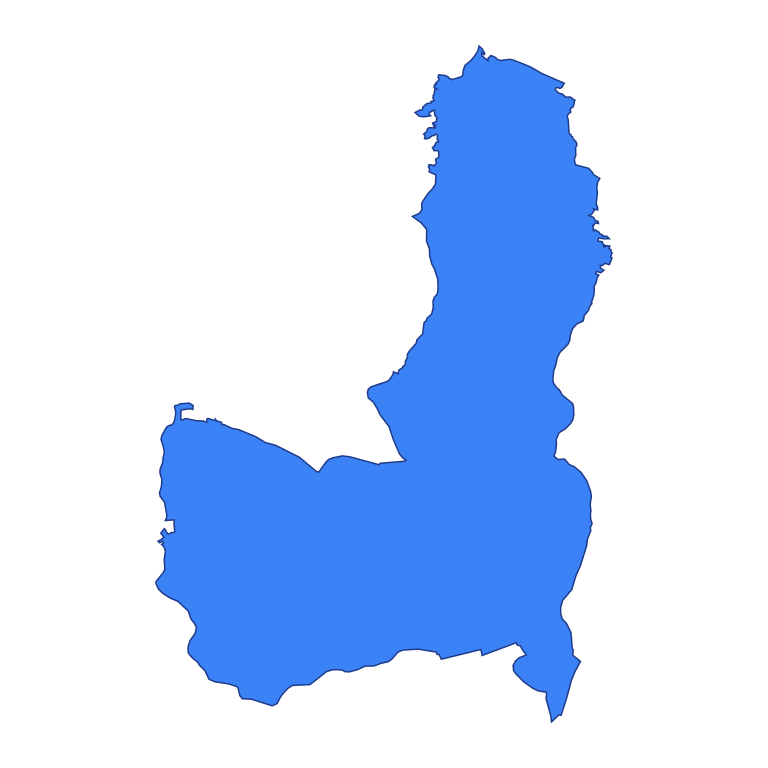 the district of Cruset, Gorj, Romania
{"feature_id": "2599482B18227556785011", "entity_name": "Cruset", "entity_type": "district", "adm_level": 2, "iso_a3": "ROU", "parent_name": "Romania", "parent_adm1": "Gorj", "projection": "orthographic", "projection_center": [23.663, 44.657], "detail": "fine", "context": "isolated", "style": "filled", "palette": "blue", "viewbox_px": 768, "rotation_deg": 0, "n_neighbors": 0, "source": "geoboundaries", "source_scale": "gbopen_adm2", "svg_char_len": 6080}
<svg xmlns="http://www.w3.org/2000/svg" viewBox="0 0 768 768"><path d="M551.5,721.9L559.0,714.9L561.1,715.3L566.7,697.9L571.4,680.3L575.1,671.4L580.5,661.4L572.8,655.3L573.2,649.9L572.3,648.8L570.9,632.4L566.4,623.3L563.0,619.9L561.7,617.4L560.7,613.6L560.6,607.8L562.5,600.6L571.8,589.5L575.9,575.8L580.5,565.5L586.6,546.0L587.5,538.8L590.8,530.8L590.3,527.8L592.1,523.5L590.7,519.4L590.4,514.4L590.9,511.0L590.2,504.4L591.4,496.1L590.4,490.7L586.7,480.7L581.1,472.4L574.2,466.7L569.3,464.6L564.6,459.0L558.0,459.5L553.9,456.1L555.4,452.5L555.9,449.2L556.5,444.0L556.2,439.7L558.5,433.8L560.1,432.0L565.4,428.8L570.6,423.5L572.9,419.5L573.8,414.7L573.5,406.7L572.7,403.6L562.3,395.1L559.3,389.8L556.9,387.9L553.5,383.2L552.8,379.6L553.8,370.4L555.6,365.8L557.3,357.7L560.0,352.3L567.8,344.5L569.7,340.7L570.3,335.3L572.6,328.6L576.9,323.9L583.3,320.9L584.3,315.4L588.4,310.5L589.7,306.5L591.9,303.6L591.5,302.1L593.8,295.5L594.3,290.5L594.1,286.5L596.0,282.8L597.4,277.2L598.8,275.1L595.6,273.7L596.2,272.1L596.7,271.3L600.7,272.8L603.9,270.2L601.1,268.6L600.4,267.2L600.4,265.2L602.8,265.5L604.6,263.3L609.4,264.6L612.0,257.8L610.6,256.9L612.1,252.7L611.0,251.6L610.9,249.6L609.1,248.7L609.8,246.0L608.4,246.3L607.8,245.6L603.9,247.0L603.6,246.2L605.1,245.4L603.1,244.4L602.3,241.7L598.3,241.2L598.0,239.7L598.9,238.0L603.7,238.8L609.3,238.7L606.8,236.3L602.9,236.2L602.9,235.3L599.4,233.4L599.2,232.3L595.1,229.9L593.7,230.8L593.0,226.5L593.6,225.6L593.0,225.4L595.8,222.9L598.5,223.5L597.9,221.2L595.2,220.6L593.7,217.5L589.0,215.5L591.6,214.3L593.2,212.1L594.6,210.0L593.8,208.9L597.6,210.0L597.7,207.8L596.2,203.8L597.5,192.0L596.7,188.8L597.6,182.1L599.8,178.6L593.4,174.5L592.4,172.4L588.6,168.3L575.9,165.0L574.7,162.1L574.5,158.5L575.8,155.6L575.6,147.4L576.7,145.7L576.8,144.0L576.2,142.1L573.1,138.7L572.4,136.8L571.1,135.9L570.9,134.5L569.7,134.2L569.0,132.5L568.2,119.7L567.1,116.2L568.8,113.4L570.7,112.3L570.3,108.6L573.1,106.9L574.2,103.5L574.2,101.4L575.0,100.4L570.2,97.0L565.8,97.1L562.6,94.2L558.6,93.0L555.4,89.9L555.5,88.5L557.1,87.2L559.6,88.4L561.8,87.6L564.2,83.2L541.6,73.4L530.3,66.8L513.5,60.1L509.4,59.3L500.6,60.5L497.3,59.4L495.5,57.5L491.0,55.5L488.0,58.3L488.0,60.7L481.9,55.8L481.7,52.6L484.0,54.7L484.7,54.0L484.5,52.9L482.1,48.8L479.1,46.1L477.6,51.5L474.5,56.1L471.3,60.1L465.0,65.4L463.2,70.4L462.8,75.0L461.8,76.5L451.9,79.7L451.3,78.9L449.0,78.4L448.6,77.2L445.5,75.6L438.8,74.8L438.0,77.1L439.2,79.7L435.6,83.3L436.5,84.2L434.8,84.8L434.0,86.4L434.1,87.2L436.7,89.1L434.9,88.9L434.1,94.4L433.3,95.0L433.0,98.2L434.1,100.8L431.0,101.5L431.5,102.5L431.1,103.0L426.7,103.6L422.8,107.1L422.3,109.9L419.9,110.0L415.0,112.5L419.2,116.2L423.2,116.8L428.1,116.3L430.6,115.7L429.3,114.6L429.3,112.6L434.1,110.0L434.7,110.4L434.4,111.9L435.0,115.6L436.8,117.4L436.3,121.6L432.8,122.9L433.0,124.5L435.4,125.0L433.9,126.3L435.3,127.3L435.2,127.9L429.0,127.7L427.5,129.0L426.4,131.8L423.6,134.1L425.2,135.8L424.5,138.5L425.8,139.0L429.2,138.1L432.0,135.8L433.7,135.6L435.7,134.2L437.4,135.0L437.2,139.6L438.3,140.6L438.5,142.2L436.3,142.2L435.0,144.5L435.0,145.6L432.4,147.4L434.2,150.8L436.8,150.5L438.5,151.2L439.0,155.7L438.0,158.0L435.8,159.0L435.5,160.4L436.6,162.4L434.8,165.3L434.0,165.2L433.8,165.9L431.7,164.9L429.1,164.8L429.6,165.6L428.4,166.5L429.8,169.6L429.0,171.7L436.0,175.0L435.4,184.3L432.2,189.1L427.8,193.7L422.5,201.7L421.7,203.7L421.9,209.5L421.0,211.2L418.9,213.6L412.4,216.4L421.1,222.8L426.7,229.4L426.5,241.1L429.5,249.2L429.6,255.7L431.8,264.0L434.4,269.0L437.7,278.8L438.1,286.2L437.7,292.0L437.0,294.4L434.2,297.4L433.0,301.0L433.2,307.8L431.7,314.0L427.1,318.1L426.2,320.5L424.0,322.8L422.7,333.9L416.9,339.8L416.2,343.3L409.6,350.7L407.4,354.2L407.3,358.0L405.5,360.7L405.3,364.5L402.6,366.9L403.0,367.4L402.6,367.8L398.9,370.0L398.0,373.7L393.5,371.8L392.8,374.8L389.2,379.9L387.3,381.4L371.3,386.7L368.4,389.1L367.4,392.4L368.3,398.0L373.2,402.0L377.0,408.2L380.3,415.1L389.0,426.5L393.4,439.7L399.5,453.9L402.3,457.4L406.1,460.3L403.4,461.4L380.5,463.2L378.9,464.7L349.4,456.7L342.3,455.9L332.8,457.8L328.7,459.4L326.2,461.8L318.6,472.3L315.9,471.1L299.6,457.4L276.1,445.5L265.3,442.5L255.6,436.6L238.6,429.6L231.8,428.3L223.7,424.5L222.7,424.7L221.6,424.0L221.8,423.0L220.6,421.9L216.9,421.1L215.4,419.2L215.4,420.3L214.9,420.6L207.9,418.4L206.9,419.1L206.8,422.2L203.1,421.0L196.0,420.7L186.6,418.7L184.4,418.7L183.1,419.9L180.8,419.8L181.0,410.0L190.2,408.7L192.9,409.5L193.1,405.5L189.3,403.1L180.1,403.8L177.9,405.3L175.7,405.3L174.5,406.4L175.6,411.2L175.7,414.5L174.4,420.9L173.2,423.3L171.5,425.0L168.5,425.7L166.3,427.5L162.1,435.2L161.3,437.7L161.1,439.6L163.5,447.2L164.4,452.5L163.2,457.3L162.7,462.6L160.2,468.9L159.9,472.2L160.8,476.4L161.7,478.2L161.8,480.6L161.4,486.4L159.5,493.1L160.3,496.7L164.5,502.1L166.8,515.2L166.6,517.8L165.3,520.5L174.2,519.9L174.0,524.4L174.8,531.7L174.0,532.5L171.8,532.4L169.0,533.9L167.3,533.6L166.9,532.4L165.8,531.5L165.5,529.7L164.2,528.7L160.8,533.2L163.9,537.2L161.4,539.4L158.0,541.2L159.5,542.7L162.9,541.3L163.5,543.2L161.6,544.4L164.0,546.8L165.4,551.2L164.2,560.0L164.9,569.0L163.2,572.7L156.0,581.6L155.9,583.3L158.4,589.0L162.3,593.0L170.6,598.3L178.0,601.4L188.3,611.1L190.9,618.9L194.4,623.4L196.2,626.8L196.4,627.7L195.1,633.4L190.1,640.5L188.5,645.1L188.0,647.5L188.1,651.5L188.4,653.1L189.7,654.9L193.1,658.6L197.4,661.9L199.7,665.5L205.1,670.9L209.0,679.3L215.0,681.8L228.2,683.8L236.7,686.5L238.1,688.0L239.9,695.7L242.4,698.8L251.0,699.1L272.3,705.8L277.2,703.5L280.3,697.3L282.7,693.9L288.2,688.1L292.6,685.4L310.0,684.6L326.5,671.6L332.7,669.7L338.8,669.7L342.9,670.4L344.7,671.6L349.1,671.9L357.5,669.7L365.2,666.1L373.8,666.0L381.1,663.3L388.4,661.7L392.4,658.6L397.8,652.2L402.7,650.1L418.0,649.1L436.4,652.1L437.1,654.5L439.1,654.4L441.3,659.2L480.9,649.5L482.1,655.5L516.3,642.7L517.3,645.2L520.4,645.9L522.4,649.7L526.3,655.0L519.2,657.7L515.4,661.1L513.1,665.6L513.6,670.5L515.6,673.6L523.9,682.0L532.8,688.2L537.7,690.7L546.4,692.3L546.6,694.6L546.0,698.3L550.9,716.2L551.5,721.9Z" fill="#3b82f6" stroke="#1e3a8a" stroke-width="1.5"/></svg>